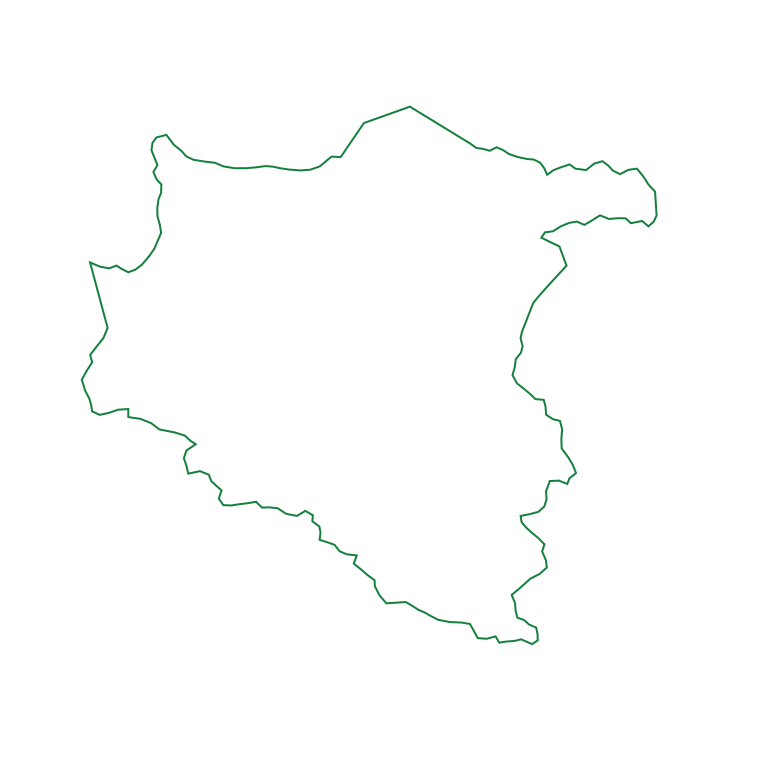 Presidente Tancredo Neves, Bahia, Brazil, rotated 261°
{"feature_id": "56859067B22769757743228", "entity_name": "Presidente Tancredo Neves", "entity_type": "district", "adm_level": 2, "iso_a3": "BRA", "parent_name": "Brazil", "parent_adm1": "Bahia", "projection": "natural_earth1", "projection_center": [-39.429, -13.456], "detail": "fine", "context": "isolated", "style": "outline", "palette": "green", "viewbox_px": 768, "rotation_deg": 261, "n_neighbors": 0, "source": "geoboundaries", "source_scale": "gbopen_adm2", "svg_char_len": 2929}
<svg xmlns="http://www.w3.org/2000/svg" viewBox="0 0 768 768"><g transform="rotate(261 384 384)"><path d="M118.3,436.9L116.3,445.6L117.3,454.7L110.5,457.4L110.5,464.3L109.8,472.7L110.4,479.4L103.9,489.6L106.7,495.7L112.9,496.5L119.5,496.2L123.9,489.5L128.9,485.5L132.3,479.2L139.2,478.5L147.0,479.2L155.7,477.1L162.0,487.6L168.8,498.0L172.0,507.8L177.2,516.1L184.8,516.3L193.9,514.0L200.5,517.4L207.7,512.3L213.5,507.1L219.5,502.3L225.8,498.3L232.3,498.3L232.7,508.1L233.6,516.5L237.9,523.1L244.6,526.5L252.6,527.2L262.2,532.6L261.2,541.7L256.6,549.4L261.8,552.4L266.0,559.7L274.6,557.8L282.6,554.6L292.6,549.4L302.1,550.6L311.5,552.9L320.1,552.0L322.7,545.5L328.3,539.3L336.4,540.0L343.4,539.3L345.4,531.2L351.2,526.8L357.1,521.7L363.9,515.4L372.7,512.3L380.1,515.8L387.9,518.0L393.5,524.2L399.6,526.8L407.9,526.1L413.9,528.4L440.6,544.0L445.5,549.4L454.6,560.4L472.3,582.8L492.4,578.8L498.3,570.2L503.9,562.3L508.6,566.7L508.4,574.8L512.0,583.1L514.2,592.2L514.2,600.0L509.8,606.8L512.8,614.5L516.8,623.7L511.8,632.1L511.2,640.9L509.8,648.6L504.2,653.0L504.6,664.5L498.3,669.8L502.0,675.6L507.8,679.6L531.5,681.8L539.3,676.6L549.2,672.2L557.1,667.5L557.3,658.7L554.3,650.0L558.9,643.5L564.9,639.5L569.9,634.6L568.7,625.9L563.7,617.1L566.7,606.8L571.8,601.7L570.5,593.3L568.7,584.9L565.1,577.9L571.8,576.1L578.1,572.9L582.3,567.0L583.9,560.4L587.4,551.3L591.7,543.2L596.2,538.5L600.2,532.2L597.8,524.9L600.8,518.4L602.7,512.1L607.7,507.1L653.9,452.9L644.9,405.0L614.9,376.7L616.8,367.8L613.6,362.3L609.0,354.7L607.2,344.8L608.0,334.9L610.6,324.0L613.4,315.1L616.2,307.9L617.8,300.9L618.0,291.3L618.8,280.8L620.6,269.8L624.0,259.6L629.0,251.5L631.6,242.1L635.3,230.8L639.7,224.4L645.9,220.4L653.1,213.9L664.1,208.0L663.1,197.8L658.5,193.1L651.3,190.9L642.8,192.8L635.8,194.5L629.4,189.4L621.5,191.5L615.9,195.3L607.8,193.8L601.8,190.2L593.3,187.6L585.3,186.5L576.3,187.5L568.1,187.5L560.2,182.5L553.6,178.4L546.8,171.8L539.6,163.4L535.8,156.2L534.4,148.9L538.4,143.3L542.8,138.2L541.2,130.8L544.2,122.1L550.0,112.7L482.7,119.8L473.3,114.1L466.4,106.5L458.7,98.3L451.2,99.2L443.6,92.5L435.6,86.2L424.2,87.8L415.8,90.6L408.9,91.5L402.7,91.4L398.0,98.3L398.5,107.5L400.2,117.4L399.3,127.5L391.3,126.3L387.7,137.9L381.7,148.0L374.3,155.0L368.9,169.7L364.2,179.2L358.2,183.9L354.0,188.6L349.2,178.5L342.0,174.7L334.8,176.0L326.1,176.7L326.7,188.6L321.8,196.8L315.2,198.2L309.5,202.6L304.3,206.9L296.7,202.9L289.5,206.3L287.9,214.3L287.9,222.3L287.6,230.8L287.7,239.2L281.0,244.2L280.1,251.5L277.9,259.6L271.1,267.0L267.3,277.5L271.0,286.4L265.5,293.2L259.6,291.8L253.2,297.9L247.0,298.0L240.2,296.0L237.0,302.4L232.9,310.0L225.7,314.0L221.7,320.5L218.9,330.2L211.3,326.1L204.9,331.9L197.9,337.8L191.7,344.0L185.7,343.3L175.8,346.6L167.0,352.0L166.4,359.0L165.2,371.4L160.7,376.9L155.7,382.5L151.6,388.9L147.6,393.8L142.6,400.7L138.5,412.0L136.3,423.0L133.5,431.4L118.3,436.9Z" fill="none" stroke="#15803d" stroke-width="2"/></g></svg>